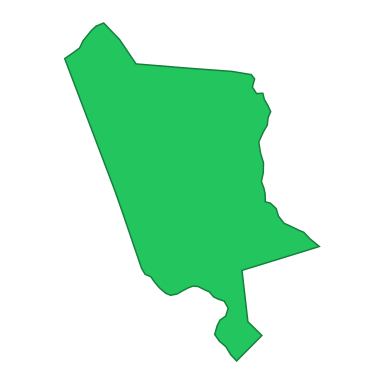 Tanque d'Arca, Alagoas, Brazil
{"feature_id": "56859067B91269907652383", "entity_name": "Tanque d'Arca", "entity_type": "district", "adm_level": 2, "iso_a3": "BRA", "parent_name": "Brazil", "parent_adm1": "Alagoas", "projection": "natural_earth1", "projection_center": [-36.408, -9.567], "detail": "fine", "context": "isolated", "style": "filled", "palette": "green", "viewbox_px": 384, "rotation_deg": 0, "n_neighbors": 0, "source": "geoboundaries", "source_scale": "gbopen_adm2", "svg_char_len": 996}
<svg xmlns="http://www.w3.org/2000/svg" viewBox="0 0 384 384"><path d="M319.3,246.5L309.7,238.6L303.7,232.2L298.7,230.2L292.0,226.9L284.1,223.3L278.4,216.1L276.2,208.6L270.3,203.1L265.3,201.8L265.1,193.9L263.9,188.1L261.4,181.6L263.3,172.6L263.5,162.8L260.5,153.0L258.8,142.0L263.1,132.4L267.3,125.0L268.1,117.5L270.7,111.7L268.1,105.9L264.4,99.6L262.8,93.2L256.6,93.6L252.4,87.1L254.6,78.9L251.2,74.6L231.9,71.4L191.1,68.4L179.9,67.5L136.0,63.9L119.7,39.7L103.7,23.0L96.2,26.0L91.3,30.6L83.2,40.6L79.5,48.1L72.6,53.1L64.7,58.6L115.0,191.0L122.3,211.9L129.7,233.5L133.0,243.3L141.6,268.4L145.1,274.3L150.7,276.7L154.6,282.1L159.3,287.7L165.6,293.2L170.6,295.3L177.1,294.0L182.8,290.7L188.0,288.0L192.8,286.1L198.1,286.5L203.8,289.4L209.4,291.9L213.5,296.8L218.3,299.2L224.2,301.1L228.2,308.2L225.7,316.1L220.0,320.1L217.2,325.6L214.7,334.5L219.4,341.2L226.0,346.8L230.7,354.7L236.6,361.0L261.9,335.5L247.9,321.7L242.0,270.4L319.3,246.5Z" fill="#22c55e" stroke="#15803d" stroke-width="1.5"/></svg>